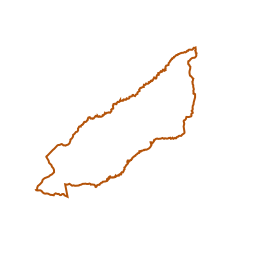 Metarica, Niassa, Mozambique, rotated 307°
{"feature_id": "85939544B27352268742856", "entity_name": "Metarica", "entity_type": "district", "adm_level": 2, "iso_a3": "MOZ", "parent_name": "Mozambique", "parent_adm1": "Niassa", "projection": "mercator", "projection_center": [37.03, -14.331], "detail": "fine", "context": "isolated", "style": "outline", "palette": "amber", "viewbox_px": 256, "rotation_deg": 307, "n_neighbors": 0, "source": "geoboundaries", "source_scale": "gbopen_adm2", "svg_char_len": 5900}
<svg xmlns="http://www.w3.org/2000/svg" viewBox="0 0 256 256"><g transform="rotate(307 128 128)"><path d="M157.4,176.0L158.1,176.0L158.7,175.6L162.7,171.5L165.2,170.4L167.0,168.3L167.9,168.2L168.6,168.7L170.0,168.8L172.0,168.0L173.4,170.0L175.3,171.4L175.7,171.4L176.3,171.1L177.0,170.3L177.6,170.1L179.1,170.6L179.6,170.0L180.0,168.6L181.0,168.7L181.6,168.4L182.2,168.3L182.8,167.5L184.7,166.4L186.1,166.2L188.1,165.0L192.9,163.1L195.4,161.2L195.3,160.3L194.8,159.8L194.9,159.5L196.1,158.8L197.0,157.8L198.5,157.3L199.0,156.8L200.0,155.4L201.5,154.3L202.1,153.0L203.1,152.4L203.5,151.6L204.7,151.4L206.1,150.6L206.7,150.5L206.8,149.1L207.3,147.2L207.1,146.6L207.2,145.9L209.0,143.9L210.5,142.9L212.8,142.0L214.5,140.9L214.6,139.9L215.1,139.3L215.2,137.9L215.5,137.4L216.2,137.2L216.8,136.4L217.7,136.0L218.7,136.6L220.5,136.6L222.2,137.0L223.2,137.7L224.0,138.7L224.7,139.1L226.3,139.2L227.1,138.9L227.8,138.2L228.8,137.9L229.0,137.7L228.8,136.9L230.2,135.8L230.2,135.1L230.7,134.9L231.4,134.9L232.9,133.5L232.1,133.1L231.7,132.3L230.9,132.2L230.2,132.4L229.1,132.1L227.3,129.6L226.6,129.3L225.9,129.6L225.2,128.8L224.5,128.7L224.1,128.9L223.0,128.4L222.7,127.5L221.4,126.9L220.1,125.4L219.7,125.3L219.2,124.8L218.0,124.4L217.4,123.7L216.7,123.5L216.1,123.7L215.4,122.7L213.5,122.5L212.5,121.9L211.9,122.3L210.2,121.3L209.7,121.3L209.5,121.6L209.3,121.4L208.5,121.5L208.1,121.3L207.4,121.5L207.0,121.3L205.5,121.6L204.4,121.4L202.7,122.4L200.8,121.0L199.6,121.1L199.2,121.4L198.2,121.8L198.1,122.2L197.7,122.2L196.9,123.2L195.8,122.7L196.3,121.8L195.6,120.9L195.2,121.3L194.8,121.1L194.6,121.4L193.4,121.3L193.0,121.0L193.3,120.4L193.1,120.0L191.2,120.1L190.1,119.1L189.6,119.5L189.1,120.6L188.8,120.5L188.5,119.5L188.1,119.4L186.8,119.6L185.0,120.6L184.4,120.6L184.1,120.2L184.5,119.6L184.1,119.1L184.1,118.5L181.2,119.0L180.1,119.0L179.8,118.8L179.9,118.0L179.3,117.8L178.1,118.1L177.2,117.1L176.6,117.7L175.5,117.4L174.8,116.6L174.4,115.7L173.0,115.9L172.5,115.5L172.1,114.7L170.8,115.3L170.3,115.9L169.1,114.8L168.1,114.5L167.8,114.0L167.2,113.7L166.3,113.9L165.4,113.8L164.8,114.8L164.4,115.0L164.0,114.6L162.0,114.2L160.9,115.0L159.4,114.2L157.7,114.4L157.3,113.1L157.2,112.6L157.5,112.2L157.3,111.9L156.9,111.8L156.7,112.0L155.6,112.0L153.8,110.4L152.8,111.0L151.9,110.9L151.1,110.0L150.9,109.1L150.3,109.1L149.8,109.5L149.2,109.3L148.3,107.4L147.5,107.2L147.1,107.7L146.6,107.5L146.2,106.6L144.9,105.8L145.0,105.3L145.4,105.0L143.4,105.2L142.9,104.7L142.6,104.0L141.5,104.0L140.0,104.4L139.7,104.0L139.8,103.2L138.4,102.0L137.7,102.2L137.2,102.7L136.6,102.6L135.5,103.8L134.6,104.5L134.3,104.4L133.8,103.8L132.8,103.6L132.4,103.6L132.1,104.2L131.4,104.6L129.4,104.5L129.0,103.3L128.2,102.9L127.5,102.0L126.1,101.6L126.2,100.5L124.8,100.9L124.0,100.9L123.1,100.1L122.3,100.6L121.0,99.9L120.4,99.3L120.3,98.3L119.5,98.2L119.0,97.5L118.9,96.9L119.3,96.9L119.5,96.1L119.1,96.3L118.5,96.1L117.9,95.5L117.9,95.2L118.3,95.1L118.2,94.9L114.9,94.8L114.4,94.4L114.3,93.9L113.9,93.8L114.0,93.5L113.4,92.4L113.1,92.3L113.2,91.9L113.4,91.4L113.2,91.1L113.5,90.8L112.6,90.1L111.5,90.2L110.3,91.0L109.5,90.7L108.4,90.9L107.3,90.5L106.8,89.6L106.4,89.4L105.7,89.4L105.1,89.8L104.1,89.6L103.8,89.8L102.9,89.6L102.6,89.2L101.3,89.1L100.7,89.4L100.2,88.4L99.6,88.1L98.8,88.4L97.5,88.4L96.2,89.5L94.8,89.7L94.4,89.6L93.4,88.8L91.1,88.8L89.5,88.3L88.5,89.0L87.3,89.4L85.4,89.4L84.5,89.0L84.1,89.0L83.4,89.6L80.5,90.5L78.6,90.1L77.0,88.9L76.4,88.8L76.0,87.8L75.3,86.9L75.4,85.2L75.1,84.5L73.4,83.6L72.4,82.5L71.6,82.1L66.9,81.6L65.3,81.2L56.8,80.2L56.6,80.0L55.8,80.1L54.1,84.3L52.7,85.9L52.3,89.2L51.3,90.6L50.9,92.6L50.0,94.1L48.1,95.6L44.9,95.1L43.5,94.3L41.6,94.0L37.9,91.7L36.3,91.2L34.9,91.1L33.4,91.8L32.4,91.8L29.8,91.5L27.4,90.9L25.5,91.5L24.3,92.4L23.8,92.3L23.2,91.9L23.1,92.2L23.9,93.7L24.6,94.3L25.6,95.8L25.6,97.7L25.2,98.4L25.3,100.5L25.9,101.6L26.8,102.5L27.5,103.8L27.9,106.3L28.7,107.4L29.6,109.2L30.7,109.0L32.2,109.5L32.9,111.5L33.7,112.4L33.5,113.7L33.7,114.4L34.2,114.9L35.6,115.2L36.4,116.1L36.5,116.6L36.0,117.7L36.7,121.1L45.2,111.7L45.9,113.2L46.6,113.9L48.2,114.8L48.3,118.1L49.5,119.1L49.9,120.4L52.5,123.4L53.2,123.5L54.4,124.6L56.1,125.4L57.3,126.9L57.9,127.4L58.3,128.4L59.3,129.9L60.4,130.6L60.7,131.7L60.4,132.4L61.3,133.3L62.4,135.3L62.1,136.6L61.4,137.5L61.5,137.9L62.3,138.1L63.7,137.8L64.7,138.4L65.5,139.4L66.3,139.2L67.1,139.5L67.9,139.5L69.1,140.3L69.9,140.2L71.7,142.1L73.2,143.2L73.7,143.2L73.8,142.6L74.6,142.0L75.5,142.2L75.7,142.9L75.5,143.3L76.3,143.5L76.7,143.5L77.4,142.4L78.3,142.6L78.7,143.0L78.3,144.1L78.6,144.8L79.0,145.4L79.5,145.5L79.9,146.5L80.7,146.6L81.1,147.2L81.6,146.9L82.6,146.8L82.3,147.7L83.0,147.9L83.5,148.3L84.2,148.5L84.2,149.1L84.5,149.4L85.5,149.0L86.1,149.2L86.3,149.9L86.6,150.4L87.3,150.3L87.9,149.6L89.0,149.7L89.5,150.6L90.8,150.5L91.9,150.0L93.0,150.1L94.2,148.9L94.8,149.2L96.4,149.1L97.3,148.9L98.6,149.3L99.8,149.2L100.1,149.1L100.0,148.4L100.4,147.9L100.9,147.6L101.1,147.8L101.6,147.9L101.7,147.5L101.9,147.4L102.2,147.8L101.7,148.7L102.1,149.2L102.5,149.2L102.6,148.9L103.8,149.2L104.3,149.8L104.9,149.6L105.9,149.8L106.3,149.5L108.0,149.7L108.6,150.0L109.4,150.0L110.2,150.6L111.1,150.4L112.7,151.0L113.5,150.9L114.8,151.9L116.3,151.0L116.9,151.6L116.5,152.0L116.7,152.4L118.0,152.5L118.5,153.2L120.3,154.0L120.3,154.5L121.2,154.9L121.9,155.9L124.2,157.0L126.1,157.3L128.4,157.0L130.2,154.6L130.5,154.9L130.6,155.5L130.0,156.3L130.2,156.6L133.0,156.7L133.6,156.2L134.4,156.1L134.8,156.6L136.2,156.9L136.6,157.2L137.2,157.8L137.4,158.6L139.1,160.5L140.8,161.6L141.0,163.1L141.2,163.4L141.8,163.5L142.3,164.1L142.8,165.3L143.5,166.1L144.9,166.8L145.2,167.8L145.7,167.9L145.6,168.5L145.3,168.8L146.0,169.4L147.0,169.5L146.8,170.8L148.3,171.4L148.5,172.4L148.9,172.7L149.8,172.4L150.4,172.6L151.4,173.4L152.0,173.3L152.6,173.6L153.7,175.2L154.4,175.3L155.1,175.2L157.4,176.0Z" fill="none" stroke="#b45309" stroke-width="2"/></g></svg>